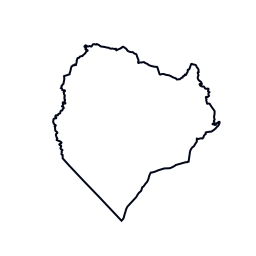 outline of Ea Sup, Đắk Lắk, Vietnam, rotated 296°
{"feature_id": "81297802B87471755079038", "entity_name": "Ea Sup", "entity_type": "district", "adm_level": 2, "iso_a3": "VNM", "parent_name": "Vietnam", "parent_adm1": "Đắk Lắk", "projection": "robinson", "projection_center": [107.824, 13.181], "detail": "fine", "context": "isolated", "style": "outline", "palette": "ink", "viewbox_px": 256, "rotation_deg": 296, "n_neighbors": 0, "source": "geoboundaries", "source_scale": "gbopen_adm2", "svg_char_len": 5758}
<svg xmlns="http://www.w3.org/2000/svg" viewBox="0 0 256 256"><g transform="rotate(296 128 128)"><path d="M185.6,190.7L185.2,189.5L184.6,188.7L184.6,188.4L187.4,186.0L187.8,186.1L188.2,186.0L189.4,184.7L189.9,184.5L190.2,184.6L190.4,184.9L190.5,185.6L190.7,185.9L192.1,186.7L192.5,186.7L193.2,185.7L194.5,185.1L194.9,185.0L195.2,185.1L195.8,185.5L196.0,185.4L196.0,184.2L196.1,183.9L196.3,183.7L198.1,183.4L198.3,183.3L198.5,183.0L198.4,182.5L198.3,182.2L197.7,181.4L197.4,180.9L197.4,180.1L197.5,179.7L198.4,178.4L198.4,178.2L198.4,177.8L197.7,176.1L197.7,175.2L197.8,174.4L198.2,173.7L198.5,173.3L198.7,173.2L199.1,173.3L199.2,173.5L199.3,174.7L199.3,174.9L199.5,175.1L200.0,175.0L200.4,174.7L201.4,173.4L201.6,172.8L201.7,171.4L202.1,170.4L202.4,169.9L203.2,169.0L204.5,168.3L206.2,168.3L208.3,166.4L208.7,166.4L209.2,167.0L211.1,165.9L211.9,165.2L212.8,163.2L213.9,161.9L214.2,161.5L214.2,161.0L214.1,159.8L213.6,158.6L213.6,157.8L213.7,157.5L213.4,157.0L213.2,156.8L210.3,157.0L209.5,157.2L208.2,157.3L207.6,157.3L207.3,157.1L206.8,156.4L206.5,156.3L205.8,156.4L205.3,156.8L204.6,157.0L203.4,156.8L201.3,156.9L201.1,156.8L201.0,155.8L200.6,155.7L199.8,155.8L199.5,155.7L198.9,155.0L198.5,154.8L198.3,154.7L197.6,154.9L197.3,154.9L196.5,154.1L195.8,153.7L194.5,153.2L193.8,151.8L193.1,150.9L193.0,150.4L193.6,149.3L193.3,146.8L193.4,142.1L193.1,140.9L192.4,138.8L192.3,137.0L192.1,136.5L191.8,135.5L190.2,133.5L190.2,132.8L195.4,127.8L195.6,127.5L195.6,127.2L195.5,126.9L194.6,124.7L193.8,121.0L193.7,119.0L194.1,117.3L194.1,116.6L193.9,115.4L194.0,114.5L194.2,114.0L194.2,113.4L192.8,111.4L192.2,110.1L191.8,109.6L191.1,109.1L191.0,108.8L191.4,108.4L192.2,108.0L193.1,107.9L193.6,107.7L193.9,107.4L196.3,104.7L197.6,103.6L198.0,102.9L197.7,101.0L198.2,99.5L198.2,98.8L197.8,98.2L197.4,96.9L197.2,95.7L197.2,94.5L197.2,93.7L198.2,92.2L198.7,90.1L198.9,88.4L198.9,88.0L198.7,87.7L198.3,87.4L197.3,87.1L197.1,86.7L196.5,86.6L195.3,85.6L194.5,84.8L192.8,83.6L192.8,83.3L193.0,83.1L193.5,82.9L193.8,82.7L193.9,82.3L193.6,81.9L193.2,81.6L192.6,79.2L191.7,77.6L191.6,77.0L191.7,75.9L190.8,72.6L190.6,71.5L189.4,67.9L189.5,66.8L189.8,66.0L189.8,64.3L189.8,63.3L189.7,63.1L189.2,63.0L188.9,62.6L188.8,62.1L188.7,61.1L187.9,59.9L186.6,59.6L185.5,59.5L185.2,59.4L185.0,59.0L184.9,57.8L184.8,57.5L183.9,56.6L183.7,56.1L183.7,53.6L183.4,53.5L182.7,53.2L182.0,53.2L181.9,53.4L181.9,53.7L182.0,54.8L181.7,55.3L181.2,55.3L180.6,55.0L180.3,55.1L180.1,55.3L180.2,56.5L180.2,57.1L180.0,57.7L179.8,57.8L179.1,57.5L178.8,57.0L178.5,56.8L177.6,57.0L177.1,56.8L176.6,56.9L173.5,55.6L172.7,55.5L172.4,54.9L171.3,53.7L170.9,53.4L169.9,53.3L169.3,52.9L169.2,52.6L168.9,52.2L168.3,52.0L167.3,52.3L166.2,52.3L165.9,52.5L165.0,52.9L163.6,53.2L162.7,53.3L161.9,53.6L161.5,53.0L161.5,52.3L160.9,52.4L160.6,51.5L160.4,51.2L160.0,51.2L159.7,51.1L159.4,50.8L158.5,50.3L157.1,50.5L153.3,51.4L152.1,51.5L150.6,51.9L146.6,47.8L144.1,49.3L139.4,50.6L139.2,50.6L138.5,50.2L138.1,50.2L137.7,50.0L137.2,50.1L136.8,49.9L136.5,50.1L135.7,50.1L135.4,50.4L135.3,50.5L134.5,50.3L134.5,50.8L134.3,51.5L134.1,51.8L133.3,52.3L133.4,53.0L133.7,53.5L134.1,54.6L134.0,54.8L133.9,54.9L133.4,55.1L132.7,54.4L132.5,54.5L132.1,54.7L131.7,54.6L130.8,55.4L130.1,55.9L129.6,56.9L129.2,57.0L128.9,57.2L127.9,57.2L127.5,57.7L126.6,57.9L126.2,58.2L126.1,58.4L126.0,58.8L125.6,59.1L124.9,59.3L124.2,59.1L123.8,59.3L123.3,60.4L122.8,60.9L122.6,60.9L122.2,60.5L121.9,60.0L122.0,59.5L122.3,58.6L122.3,58.3L122.1,58.3L121.9,58.3L121.0,59.2L119.9,59.5L119.5,59.5L119.0,59.2L118.6,59.2L118.5,59.5L118.6,60.4L118.5,60.9L118.1,61.3L117.7,61.5L116.4,61.0L115.5,61.2L115.0,61.2L114.7,60.9L114.4,60.4L113.9,60.1L113.7,60.1L113.1,60.1L111.7,60.5L111.4,60.5L110.5,59.8L110.1,59.3L109.0,59.4L108.5,59.2L108.3,58.9L108.1,58.1L107.8,57.7L107.5,57.5L106.7,57.6L106.2,57.8L106.0,58.1L106.0,58.7L105.9,58.9L105.6,59.1L105.2,59.1L104.7,58.3L104.2,57.7L103.8,57.4L103.3,57.2L100.8,58.0L99.9,58.8L99.3,59.7L98.9,60.6L98.8,61.6L98.7,61.9L98.6,62.0L98.3,62.0L98.0,61.7L97.7,61.3L97.1,61.5L96.9,61.8L96.4,62.3L94.1,63.5L93.7,64.0L93.2,66.1L92.7,66.6L92.3,66.6L91.8,66.2L91.5,66.1L90.8,66.1L90.2,66.2L89.9,66.4L89.3,67.0L88.6,67.5L87.9,68.7L87.6,69.0L86.4,69.0L86.0,69.1L85.9,69.3L85.9,69.8L86.2,72.5L86.0,74.2L85.7,74.6L85.3,74.7L85.0,74.6L83.5,73.5L83.1,73.5L82.8,73.9L82.7,75.7L82.5,75.9L82.2,76.0L80.4,76.1L79.8,76.5L79.6,77.3L79.6,78.5L79.3,78.8L79.1,78.8L78.2,78.5L77.9,78.6L76.9,79.3L75.8,79.4L75.4,79.7L75.1,79.9L74.9,80.9L75.0,81.1L74.7,81.3L72.1,82.6L68.6,91.2L60.9,111.6L53.5,131.9L41.8,162.8L44.1,163.5L45.4,163.5L49.6,162.7L54.8,161.9L57.3,162.0L69.6,165.7L72.7,165.9L74.3,166.2L76.8,167.2L77.9,167.3L81.0,166.8L82.1,167.5L83.4,167.8L86.1,168.2L87.4,168.7L89.2,168.8L92.0,168.6L93.3,168.2L95.0,168.0L97.9,168.0L98.6,169.2L100.9,171.7L103.1,173.6L107.2,177.9L107.7,178.6L108.2,179.5L110.0,182.9L110.9,183.9L112.5,185.2L114.3,186.5L115.6,187.1L122.6,194.9L123.2,196.2L124.0,196.6L124.3,197.2L134.3,194.0L136.8,193.9L138.4,194.2L139.4,194.6L140.4,195.2L141.2,195.3L143.1,195.4L146.0,195.8L148.3,194.6L148.7,194.6L148.7,195.8L150.4,197.6L151.3,199.6L152.3,199.9L153.0,199.9L153.6,199.6L154.5,199.7L155.9,200.0L156.6,200.5L157.7,199.9L157.9,199.9L158.3,200.0L159.9,202.2L161.3,204.5L163.1,205.6L165.8,206.9L167.6,207.3L169.3,208.0L170.6,208.2L172.7,208.1L173.6,207.5L173.5,207.2L173.1,206.7L172.6,206.7L171.9,206.3L171.2,205.7L170.8,205.8L170.5,205.7L169.9,205.2L169.7,205.2L169.5,205.5L169.4,205.5L169.1,204.8L168.8,204.7L168.7,204.5L169.0,203.8L168.9,203.4L168.5,202.5L168.6,202.3L169.1,202.4L169.5,202.7L169.9,203.4L170.4,203.5L171.2,203.1L171.8,202.1L172.2,202.0L173.5,202.2L175.0,200.9L176.1,200.3L176.8,200.1L177.9,199.9L180.9,198.6L181.6,197.7L183.5,194.1L185.6,190.7Z" fill="none" stroke="#020617" stroke-width="2"/></g></svg>